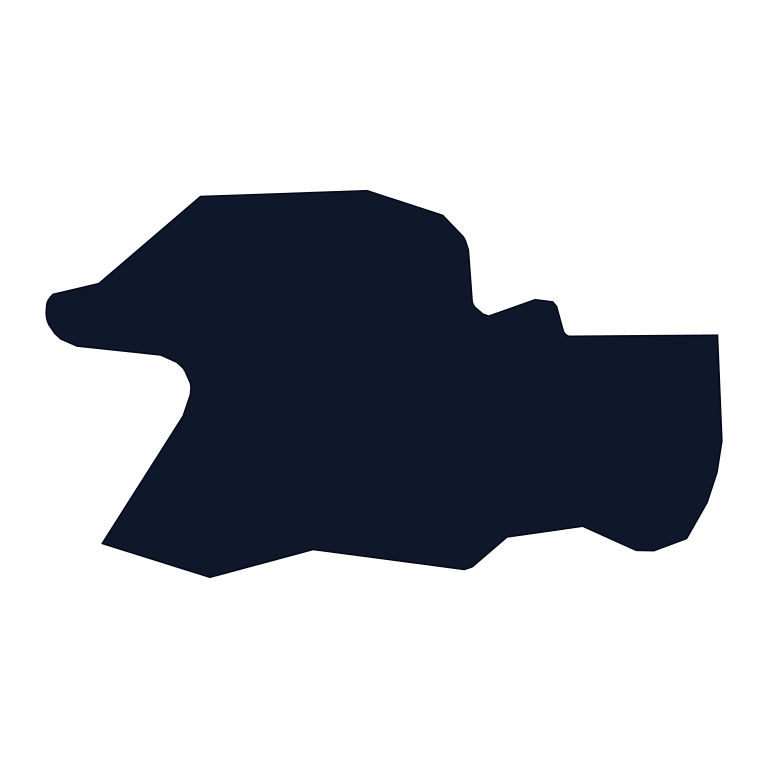 map outline of Ealing (orthographic projection)
{"feature_id": "GBR-2066", "entity_name": "Ealing", "entity_type": "London Borough", "adm_level": 1, "iso_a3": "GBR", "parent_name": "United Kingdom", "parent_adm1": "", "projection": "orthographic", "projection_center": [-0.328, 51.519], "detail": "fine", "context": "isolated", "style": "filled", "palette": "ink", "viewbox_px": 768, "rotation_deg": 0, "n_neighbors": 0, "source": "natural_earth", "source_scale": "10m", "svg_char_len": 756}
<svg xmlns="http://www.w3.org/2000/svg" viewBox="0 0 768 768"><path d="M653.9,550.7L636.3,550.4L582.6,526.2L507.0,537.0L472.3,566.8L464.3,569.5L313.1,549.5L209.9,577.3L102.2,543.5L183.2,415.9L190.4,394.6L191.0,387.1L190.4,383.2L184.9,370.7L182.5,367.4L176.7,362.2L160.6,355.0L77.1,346.1L61.1,339.2L54.9,333.6L48.7,324.4L47.2,320.5L46.4,316.6L46.1,312.5L46.8,304.1L48.0,300.5L50.3,297.3L53.1,294.3L98.8,283.6L200.5,196.5L367.1,190.7L442.7,215.4L463.3,236.8L465.3,240.4L468.4,249.9L472.2,301.7L473.2,304.6L474.9,307.2L482.8,314.1L488.8,316.1L535.2,299.7L552.7,301.9L556.6,306.5L563.2,330.7L564.3,333.0L566.6,335.3L568.7,336.3L717.5,335.2L721.9,440.9L717.0,472.4L707.1,502.5L686.6,538.5L653.9,550.7Z" fill="#0f172a" stroke="#020617" stroke-width="1.5"/></svg>